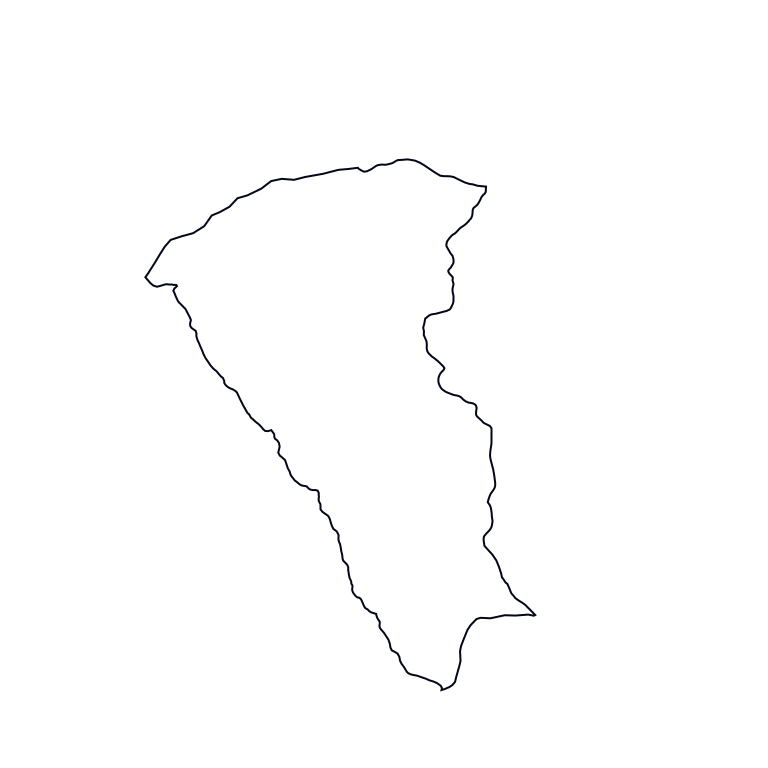 outline of Yangnyer, Tashigang, Bhutan, rotated 216°
{"feature_id": "84629894B53688584852577", "entity_name": "Yangnyer", "entity_type": "district", "adm_level": 2, "iso_a3": "BTN", "parent_name": "Bhutan", "parent_adm1": "Tashigang", "projection": "mercator", "projection_center": [91.484, 27.363], "detail": "fine", "context": "isolated", "style": "outline", "palette": "ink", "viewbox_px": 768, "rotation_deg": 216, "n_neighbors": 0, "source": "geoboundaries", "source_scale": "gbopen_adm2", "svg_char_len": 5626}
<svg xmlns="http://www.w3.org/2000/svg" viewBox="0 0 768 768"><g transform="rotate(216 384 384)"><path d="M639.8,330.1L632.3,328.3L630.7,328.2L628.2,328.1L626.5,328.7L624.8,329.3L622.7,331.8L619.6,335.9L618.4,337.0L616.0,338.4L613.9,339.9L612.5,340.5L610.3,342.0L609.0,341.5L609.7,337.9L609.2,335.6L607.3,334.6L603.5,332.2L599.1,329.8L597.3,329.4L595.1,329.1L592.8,328.7L590.8,328.3L588.7,328.0L579.3,323.3L577.8,322.2L577.2,320.8L576.2,318.5L574.5,316.8L572.3,316.2L567.6,316.3L565.3,314.5L564.0,312.5L561.0,310.1L557.7,308.3L554.3,306.2L550.8,304.2L547.6,302.1L543.7,300.1L536.7,297.6L535.1,297.0L531.2,296.1L527.0,295.9L524.8,295.3L520.5,294.3L517.7,294.2L514.9,292.4L513.9,291.0L512.5,290.4L510.7,289.9L508.3,289.8L505.7,290.1L503.2,290.8L500.0,291.0L498.0,290.7L492.8,287.8L486.5,284.5L484.7,283.6L477.1,280.2L475.7,280.3L471.7,278.5L469.8,278.5L466.3,278.0L461.5,277.8L457.1,277.0L455.4,276.4L452.5,276.2L450.1,277.7L448.1,280.4L443.4,278.9L441.4,276.5L440.1,275.7L437.3,275.6L434.4,274.6L431.6,272.0L429.2,266.3L426.1,264.8L424.5,264.8L419.3,264.3L412.3,259.3L409.0,257.8L407.5,256.6L405.9,255.5L404.0,254.8L402.1,254.3L399.5,253.5L397.6,253.5L393.6,253.3L391.9,253.3L389.9,254.0L388.0,255.0L386.1,255.7L383.2,255.1L381.2,255.4L379.3,256.3L377.0,258.0L374.9,258.7L373.7,258.1L372.5,257.3L371.8,256.0L370.5,254.7L369.3,252.6L368.2,251.2L366.7,250.3L364.8,249.4L363.4,247.6L361.7,245.3L358.8,244.4L356.0,244.4L352.0,244.5L350.1,243.8L348.2,242.7L345.2,240.3L342.3,238.3L339.7,237.0L335.9,237.0L333.8,236.1L331.9,235.0L330.9,233.5L329.7,231.7L328.0,230.1L325.7,228.8L323.3,226.7L320.6,223.9L317.6,221.4L314.6,218.1L313.0,217.1L310.6,216.7L307.4,216.1L305.0,214.5L303.5,212.3L301.2,210.1L300.4,209.1L299.2,208.2L298.2,207.1L294.5,205.0L293.0,203.2L291.4,202.7L290.2,201.3L289.0,199.0L287.5,197.7L285.8,196.8L283.5,196.1L282.1,195.8L280.2,195.7L278.1,196.6L276.0,196.3L274.0,195.2L269.3,192.4L267.4,191.7L264.6,192.0L262.7,191.6L260.6,191.6L257.5,192.6L255.2,193.4L254.2,192.4L252.4,191.1L250.9,190.3L247.8,189.2L246.7,187.8L245.7,186.0L244.3,184.4L242.1,183.7L237.6,182.6L234.1,181.3L230.0,179.7L226.5,177.2L223.9,174.6L221.2,173.1L217.7,173.6L214.6,173.9L211.1,172.2L208.3,169.5L205.2,167.9L201.6,166.8L196.7,164.7L194.7,164.3L191.7,164.8L188.9,166.0L185.8,167.5L180.7,169.0L176.9,170.2L173.0,171.0L169.0,172.4L165.3,173.2L160.7,173.2L158.4,172.1L157.6,170.2L155.6,172.9L153.0,177.2L151.8,180.3L151.4,184.7L153.4,189.5L157.2,199.9L159.3,204.9L165.4,212.5L167.6,217.2L169.3,223.5L171.9,233.9L172.2,239.7L171.0,248.3L168.3,251.7L160.2,257.0L150.4,267.9L141.6,273.9L139.8,275.4L131.8,282.2L126.6,284.6L125.9,286.0L136.1,287.7L139.6,288.3L143.7,288.3L147.7,288.0L149.8,288.0L151.9,288.0L155.0,288.9L157.6,289.4L159.6,290.5L162.2,292.2L166.6,294.8L168.8,294.8L170.3,295.3L172.9,296.4L174.8,296.8L176.0,297.9L178.2,299.9L179.5,300.7L180.9,301.8L185.0,304.6L189.5,307.3L193.3,308.7L196.4,309.8L198.6,310.2L204.4,311.4L207.6,312.1L209.8,314.4L211.1,315.6L212.5,317.4L213.5,319.5L213.4,322.7L213.1,324.6L212.7,327.6L212.7,329.9L213.2,332.2L214.8,335.5L216.0,337.3L219.0,340.4L220.9,342.7L223.7,345.6L225.1,346.9L226.4,347.7L227.7,348.4L230.5,349.3L231.2,350.9L231.7,352.2L232.6,355.2L233.2,358.0L233.2,362.1L233.3,363.9L233.6,365.4L234.3,367.1L235.6,369.0L240.0,373.7L241.8,375.5L245.6,379.2L251.6,384.1L253.5,385.7L255.9,388.1L256.8,389.4L258.8,392.7L260.9,396.8L262.2,399.2L270.0,410.0L271.1,411.4L273.6,412.3L279.9,411.2L281.7,411.3L283.8,411.8L289.4,412.4L290.7,412.8L291.8,413.7L293.2,415.7L294.9,419.0L297.0,420.7L298.5,420.9L300.4,420.7L302.7,419.7L304.8,418.6L307.6,418.0L310.9,418.0L313.3,418.5L315.6,418.4L317.9,417.7L320.4,416.4L323.2,415.5L327.9,414.3L330.0,413.9L334.0,413.9L335.9,414.4L338.0,415.4L340.2,416.8L341.5,418.0L342.7,419.7L343.4,420.8L343.9,422.3L344.5,424.6L344.5,427.8L344.0,430.1L344.4,432.3L346.4,433.1L352.3,434.0L353.9,434.2L357.2,434.4L361.5,434.4L365.7,435.0L367.9,435.8L369.5,437.0L370.7,438.3L372.0,440.3L373.1,441.8L374.8,443.6L376.0,444.3L380.6,447.0L382.6,450.1L384.2,451.5L385.4,452.6L386.9,456.5L388.0,458.8L389.1,461.2L388.7,462.4L387.9,465.6L387.1,467.2L386.4,468.3L383.2,471.5L379.6,475.9L378.7,477.1L376.4,479.7L374.6,483.0L374.6,484.8L375.1,487.6L375.6,490.0L376.4,491.7L379.6,496.2L382.3,498.5L384.3,500.9L385.4,503.2L385.9,504.6L386.6,505.9L387.8,506.8L389.6,508.2L390.5,510.1L391.5,510.9L395.8,511.7L397.8,512.6L398.7,513.6L398.7,515.5L398.4,517.2L398.8,521.8L399.1,523.1L400.4,524.9L402.1,526.6L404.1,528.1L406.0,528.5L407.6,529.1L413.2,531.6L414.3,532.1L415.4,533.3L416.5,535.6L416.8,537.0L416.8,540.6L416.5,543.7L416.1,545.2L415.2,547.3L414.8,549.0L414.2,554.2L413.7,555.9L412.3,559.8L411.8,561.7L411.2,565.6L411.2,567.4L410.9,568.9L411.4,571.4L412.0,572.9L414.5,576.9L415.0,578.6L414.8,580.1L414.3,581.6L414.0,583.1L413.8,585.1L414.4,589.6L415.0,592.5L414.9,595.3L414.4,596.9L414.6,599.2L417.5,603.7L421.1,601.5L425.0,599.3L429.5,597.7L432.7,596.0L437.3,594.5L443.4,593.4L449.3,592.4L452.9,590.7L458.1,587.1L460.9,585.6L467.6,585.0L471.0,584.9L473.9,584.8L479.9,584.6L485.3,584.1L490.3,582.9L496.8,579.7L501.2,575.9L504.6,573.1L505.9,570.4L507.0,567.7L509.8,564.2L511.6,562.3L515.2,559.9L517.8,557.2L518.8,555.3L520.5,550.4L522.7,546.2L525.0,544.0L527.7,543.5L531.0,543.2L532.2,543.6L539.1,537.1L546.4,530.8L547.3,529.8L556.8,518.3L569.5,505.1L576.8,496.3L587.4,489.8L594.6,481.8L596.2,476.3L598.1,469.9L603.4,460.0L605.4,456.3L611.7,448.2L613.2,436.5L614.3,434.2L618.0,426.3L621.5,420.6L622.4,419.0L622.2,406.1L623.6,402.5L627.1,393.8L634.4,384.7L641.3,375.2L642.1,365.9L641.5,357.0L640.7,348.0L639.9,335.0L639.8,330.1Z" fill="none" stroke="#020617" stroke-width="2"/></g></svg>